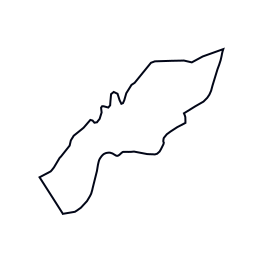 Al Hashwah, Sa`dah, Yemen, rotated 193°
{"feature_id": "15242507B74180964049208", "entity_name": "Al Hashwah", "entity_type": "district", "adm_level": 2, "iso_a3": "YEM", "parent_name": "Yemen", "parent_adm1": "Sa`dah", "projection": "equal_earth", "projection_center": [44.261, 16.916], "detail": "fine", "context": "isolated", "style": "outline", "palette": "ink", "viewbox_px": 256, "rotation_deg": 193, "n_neighbors": 0, "source": "geoboundaries", "source_scale": "gbopen_adm2", "svg_char_len": 1769}
<svg xmlns="http://www.w3.org/2000/svg" viewBox="0 0 256 256"><g transform="rotate(193 128 128)"><path d="M203.1,60.1L189.5,46.8L183.9,41.3L172.4,30.0L172.2,29.7L160.9,34.4L159.1,36.2L156.0,39.7L151.5,47.6L149.7,53.2L149.1,55.7L149.0,57.5L148.9,59.3L148.9,62.0L148.6,78.9L148.6,79.2L148.7,80.8L148.8,82.2L148.9,83.8L149.0,85.4L149.0,87.0L149.0,88.6L148.9,90.2L148.5,91.9L147.9,93.4L147.4,94.6L146.6,96.0L145.8,97.1L144.7,98.0L143.7,98.7L142.5,99.2L141.1,99.7L140.0,99.9L137.4,99.7L135.3,99.0L133.4,98.4L132.3,98.4L131.2,99.0L130.2,100.1L129.2,101.6L127.9,103.3L127.1,103.7L125.7,104.0L124.5,104.3L123.4,104.6L122.2,104.8L121.1,105.1L119.8,105.4L118.6,105.8L117.4,106.2L116.6,106.4L116.2,106.4L111.1,106.6L103.8,106.9L103.6,106.9L102.3,107.1L97.7,108.0L95.9,108.3L93.8,109.5L91.9,112.2L91.1,114.8L89.9,119.8L89.8,120.5L89.8,121.2L89.9,122.0L90.4,122.5L90.6,122.9L90.7,123.3L90.8,124.2L90.9,125.4L90.9,126.0L90.8,126.5L88.8,130.6L85.7,134.2L80.2,139.9L73.2,145.9L73.6,147.7L74.6,151.5L75.5,153.1L76.8,154.9L67.3,164.3L60.4,170.7L57.6,175.2L56.2,178.8L55.4,183.0L55.2,188.4L54.0,205.5L53.4,210.1L53.0,214.8L53.0,216.8L53.0,219.1L53.1,221.3L53.1,222.6L53.1,223.9L52.9,226.3L71.3,214.5L71.4,214.4L80.6,206.3L88.9,206.3L89.4,206.1L100.9,203.2L116.8,199.0L120.3,196.7L123.4,190.4L131.7,173.5L134.3,170.8L137.5,161.5L137.9,154.1L138.5,151.1L139.9,150.1L142.4,153.1L145.9,159.0L150.0,159.9L152.1,157.2L151.2,150.5L150.8,147.9L150.5,146.1L151.8,143.5L156.6,143.7L158.1,143.4L158.8,141.7L157.2,137.2L157.7,130.5L158.9,128.0L159.5,126.6L161.9,125.6L164.2,127.3L166.5,127.4L171.3,118.3L172.9,116.2L179.2,108.2L179.8,106.2L180.0,105.8L180.9,103.0L180.9,97.7L186.9,85.1L187.9,83.5L191.3,72.9L192.7,69.9L193.6,68.3L203.1,60.1Z" fill="none" stroke="#020617" stroke-width="2"/></g></svg>